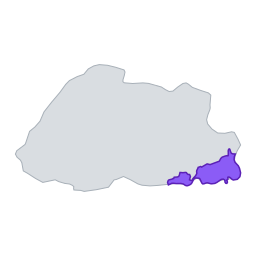 Samdrup Jongkhar highlighted on a map of Bhutan
{"feature_id": "BTN-2492", "entity_name": "Samdrup Jongkhar", "entity_type": "District", "adm_level": 1, "iso_a3": "BTN", "parent_name": "Bhutan", "parent_adm1": "", "projection": "robinson", "projection_center": [91.574, 27.008], "detail": "fine", "context": "in_parent", "style": "filled", "palette": "violet", "viewbox_px": 256, "rotation_deg": 0, "n_neighbors": 0, "source": "natural_earth", "source_scale": "10m", "svg_char_len": 2984}
<svg xmlns="http://www.w3.org/2000/svg" viewBox="0 0 256 256"><path d="M210.2,108.0L209.8,109.8L207.9,114.6L206.6,119.7L207.7,124.0L211.9,129.0L217.7,133.0L224.9,133.3L231.6,131.8L234.3,132.4L238.0,139.2L240.6,145.0L237.1,151.0L235.1,156.3L234.5,160.0L234.9,161.7L237.1,164.7L239.6,169.9L239.9,174.6L238.3,177.8L234.9,179.3L231.2,178.9L228.2,178.9L224.3,179.5L218.4,181.2L212.9,183.5L202.5,183.1L198.3,178.4L196.4,178.4L186.9,184.5L176.6,183.4L157.9,185.4L150.0,185.9L142.0,185.2L137.9,183.9L130.4,179.7L123.5,176.5L116.5,179.4L114.1,179.9L108.5,187.2L96.3,189.7L84.2,191.4L80.7,190.4L73.9,190.0L73.6,188.3L73.8,186.6L72.3,185.3L69.5,184.0L64.8,183.4L58.7,181.6L55.2,179.8L42.8,182.4L35.6,178.5L27.4,173.2L23.3,170.9L21.8,162.7L20.4,160.1L17.1,157.3L15.4,154.1L16.8,150.7L25.0,144.5L25.7,143.0L29.6,131.3L34.8,127.1L40.0,121.2L44.0,111.9L51.6,102.2L59.9,92.4L65.7,84.4L69.4,80.6L77.2,76.6L83.8,74.3L88.3,68.9L93.8,65.9L99.3,64.6L107.6,65.3L115.4,67.2L124.0,69.9L125.0,72.0L124.2,75.8L123.0,79.7L122.9,81.7L124.2,82.8L132.6,83.5L142.9,82.9L148.6,83.4L161.4,87.0L165.2,89.5L169.1,91.5L172.9,91.1L177.8,87.0L182.9,83.5L186.1,82.9L188.3,84.1L192.4,87.4L200.9,90.5L208.4,92.9L210.8,95.1L210.0,104.8L210.2,108.0Z" fill="#d9dde1" stroke="#a8b0b8" stroke-width="1"/><path d="M240.4,174.1L239.9,176.7L237.4,179.3L233.3,180.0L232.1,179.4L230.0,177.5L228.8,177.0L227.8,177.3L227.9,178.3L227.9,179.4L226.5,180.2L227.3,181.2L227.4,182.5L226.8,183.4L225.8,183.3L225.0,182.2L224.9,180.9L224.5,179.8L223.2,179.1L221.2,179.4L216.9,182.4L214.9,183.4L211.7,183.8L210.6,183.7L207.6,182.8L206.4,182.9L203.9,183.8L202.7,183.9L201.8,183.0L200.2,179.5L199.6,178.5L198.6,178.2L195.9,178.0L195.0,178.2L193.8,179.1L193.1,180.3L192.5,181.7L191.7,183.2L190.9,184.1L189.8,184.8L188.7,185.3L187.6,185.7L186.2,185.7L185.2,185.3L183.3,184.0L180.9,183.5L176.2,183.6L173.8,183.3L171.8,183.3L168.4,184.9L167.6,182.6L167.6,182.3L167.7,182.0L167.9,181.4L168.0,181.0L168.3,180.4L168.8,180.0L169.2,179.8L172.1,179.1L173.0,178.5L173.4,178.6L173.6,178.6L174.2,177.2L177.4,177.0L178.6,176.5L179.3,175.3L180.0,172.5L180.9,172.5L182.8,172.7L185.5,172.4L186.1,172.5L186.5,172.7L186.9,173.5L187.4,173.9L188.0,174.4L189.6,174.5L190.4,176.4L190.4,176.7L190.3,177.1L190.1,177.5L189.5,179.8L191.4,180.5L192.2,180.2L192.9,178.7L193.5,178.0L194.0,177.4L194.7,176.7L195.6,175.7L196.6,173.9L196.8,173.3L196.8,172.9L196.6,171.8L196.7,170.9L196.8,170.4L198.0,168.0L198.1,167.4L200.7,166.5L201.6,167.1L207.1,163.9L210.1,164.6L219.3,161.2L220.8,158.4L222.2,157.1L225.3,156.0L227.0,155.7L228.0,155.8L228.1,155.7L228.2,155.4L228.3,152.8L228.2,151.4L228.3,150.2L228.7,149.3L229.0,149.0L229.3,148.9L229.7,149.1L229.9,149.4L230.0,149.8L230.4,151.1L230.5,151.5L230.9,152.3L231.0,152.7L231.2,153.0L231.5,153.3L232.1,153.6L232.7,153.8L233.3,153.9L235.2,154.0L235.3,154.0L235.2,154.3L234.7,155.5L234.3,156.8L234.2,158.3L234.1,159.7L235.0,162.3L238.3,165.8L239.5,168.3L240.6,172.8L240.4,174.1Z" fill="#8b5cf6" stroke="#5b21b6" stroke-width="1.5"/></svg>